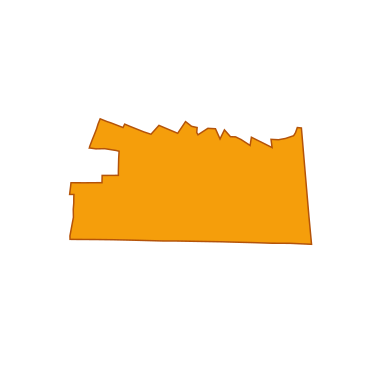 outline of Montgomery, Pennsylvania, United States of America, rotated 143°
{"feature_id": "52423323B27696847619377", "entity_name": "Montgomery", "entity_type": "district", "adm_level": 2, "iso_a3": "USA", "parent_name": "United States of America", "parent_adm1": "Pennsylvania", "projection": "albers", "projection_center": [-75.324, 40.212], "detail": "fine", "context": "isolated", "style": "filled", "palette": "amber", "viewbox_px": 384, "rotation_deg": 143, "n_neighbors": 0, "source": "geoboundaries", "source_scale": "gbopen_adm2", "svg_char_len": 1179}
<svg xmlns="http://www.w3.org/2000/svg" viewBox="0 0 384 384"><g transform="rotate(143 192 192)"><path d="M128.0,78.3L116.9,96.3L113.4,102.0L87.6,143.1L66.1,177.3L69.1,180.1L73.8,177.0L77.0,175.8L85.1,178.5L91.5,181.7L97.2,186.5L101.3,179.3L111.6,200.0L117.6,194.2L121.2,204.3L124.0,209.8L128.0,213.0L128.7,222.1L137.7,217.5L135.2,228.4L141.0,233.3L152.8,234.1L152.4,236.7L149.1,240.4L152.8,244.7L154.8,252.1L168.1,247.5L178.3,265.1L190.0,262.8L194.3,269.0L202.0,281.7L204.9,286.7L208.3,285.0L215.2,296.1L217.5,299.4L221.3,305.7L226.0,302.9L230.6,299.6L231.1,299.3L235.8,296.4L239.5,294.2L245.7,290.3L246.5,289.8L246.9,289.4L247.5,288.9L247.3,288.8L242.9,284.4L235.6,279.1L227.5,270.7L225.7,268.4L230.3,263.0L238.3,252.9L240.8,249.6L253.8,259.3L258.3,253.6L267.5,260.5L272.0,263.8L282.5,271.8L283.1,272.2L285.7,269.4L291.2,263.7L287.8,261.1L290.2,258.1L293.1,254.3L297.2,249.7L301.9,243.2L303.4,241.8L305.3,240.1L315.9,230.4L317.9,227.6L312.6,223.5L297.1,211.7L283.9,201.5L272.5,192.5L267.3,188.4L244.2,170.0L233.5,161.9L199.8,135.6L198.0,134.2L192.9,130.1L174.9,115.8L171.9,113.4L158.9,102.9L144.8,92.2L128.0,78.3Z" fill="#f59e0b" stroke="#b45309" stroke-width="1.5"/></g></svg>